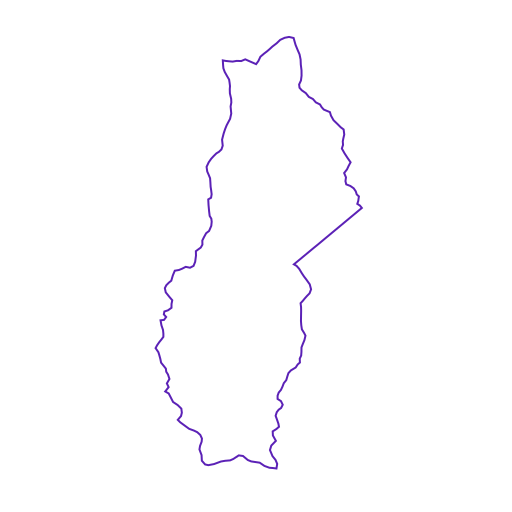 the district of Birigui, São Paulo, Brazil, rotated 173°
{"feature_id": "56859067B14690438145522", "entity_name": "Birigui", "entity_type": "district", "adm_level": 2, "iso_a3": "BRA", "parent_name": "Brazil", "parent_adm1": "São Paulo", "projection": "albers", "projection_center": [-50.348, -21.264], "detail": "fine", "context": "isolated", "style": "outline", "palette": "violet", "viewbox_px": 512, "rotation_deg": 173, "n_neighbors": 0, "source": "geoboundaries", "source_scale": "gbopen_adm2", "svg_char_len": 3281}
<svg xmlns="http://www.w3.org/2000/svg" viewBox="0 0 512 512"><g transform="rotate(173 256 256)"><path d="M146.6,302.6L148.5,304.8L149.1,308.0L150.8,311.3L153.8,314.0L157.7,316.1L158.1,319.4L157.1,323.1L158.4,327.6L155.1,330.9L153.1,334.1L150.7,337.5L153.1,342.0L155.6,347.1L157.7,352.2L156.1,355.6L155.9,359.2L155.0,362.0L153.6,365.8L153.6,370.9L156.2,373.4L159.0,377.0L162.5,381.3L164.5,386.2L165.1,389.8L168.3,391.6L170.9,393.1L172.7,395.7L174.0,398.6L177.9,401.2L180.4,404.9L184.2,407.5L186.7,411.6L190.4,414.9L192.3,417.7L192.3,421.0L190.0,424.7L188.8,429.4L188.2,434.8L188.2,440.5L187.8,445.6L188.2,450.8L189.5,455.2L191.0,460.7L191.5,463.8L192.1,467.8L196.5,469.4L200.9,469.1L205.6,467.6L209.6,464.6L214.2,461.9L217.4,459.6L219.8,458.0L223.5,455.8L227.3,453.3L229.9,449.2L232.5,446.4L235.5,448.2L238.9,450.2L242.7,452.5L246.9,451.3L251.4,452.0L255.5,451.8L258.8,452.5L262.3,453.3L265.1,454.2L265.4,449.5L265.5,446.3L264.6,442.5L262.8,438.1L261.2,434.4L261.1,431.3L261.1,427.8L261.7,424.8L262.1,420.6L261.5,415.0L261.8,411.3L263.0,407.5L263.2,400.4L265.0,395.3L267.4,391.9L269.2,389.3L271.1,385.9L273.1,381.7L275.5,375.6L275.6,369.5L277.3,366.0L280.1,363.9L282.8,362.7L285.9,360.3L288.6,358.0L291.5,354.8L294.2,350.5L294.1,345.8L293.2,342.8L292.1,338.8L292.3,334.7L292.6,330.2L292.5,326.8L292.5,322.7L293.5,319.3L296.5,318.0L296.9,312.4L297.1,306.2L297.1,301.4L295.8,298.5L295.8,295.4L296.7,291.4L299.5,286.6L302.7,284.7L305.3,281.1L307.4,277.9L307.8,273.8L309.8,271.1L312.5,269.6L315.1,268.1L315.5,263.8L317.1,257.6L319.2,253.8L322.9,252.4L327.1,253.8L330.9,252.4L334.2,251.5L338.4,251.3L340.9,246.9L343.1,241.8L345.7,240.2L348.6,237.9L350.4,235.2L350.0,230.9L346.9,225.9L344.5,222.3L345.7,218.7L346.2,214.9L350.0,212.8L353.7,212.1L354.6,209.3L352.6,206.4L355.1,203.8L358.6,203.8L358.3,198.7L357.3,193.9L357.4,190.1L357.8,187.0L360.1,184.6L362.5,182.3L365.0,179.5L366.9,176.8L364.6,172.4L364.0,169.0L363.5,165.5L363.2,161.7L360.9,158.0L359.2,155.2L359.2,152.1L357.8,149.1L356.9,144.5L360.0,140.4L358.7,136.5L362.6,132.6L359.4,130.2L357.7,125.6L356.1,121.2L351.9,117.6L348.7,113.6L348.7,109.5L349.9,106.3L353.6,102.9L351.5,100.2L346.3,95.3L343.4,92.6L338.9,90.3L335.8,88.3L333.1,85.2L331.9,81.4L332.6,78.3L334.7,74.3L335.7,70.9L334.3,65.0L334.7,59.4L331.9,55.3L328.8,54.2L323.0,54.6L315.8,56.3L311.6,56.5L306.6,56.3L303.3,57.3L297.4,60.2L293.3,59.1L289.0,54.5L285.8,52.7L277.5,50.4L273.2,46.6L268.5,44.2L265.1,43.5L261.6,42.6L260.3,47.1L261.5,51.3L264.0,55.3L265.8,61.7L263.9,66.0L258.8,70.1L261.1,75.8L260.8,79.9L256.8,81.8L254.0,83.7L254.2,86.8L255.1,91.1L256.0,95.0L254.4,98.5L252.2,100.7L249.6,102.1L247.6,105.1L248.9,108.9L252.0,111.5L251.6,114.7L250.1,117.7L247.6,120.0L245.7,123.0L243.9,126.4L241.1,129.1L239.5,132.8L238.1,135.8L235.3,138.2L230.2,140.5L227.8,143.3L225.4,144.9L225.1,148.8L223.3,151.7L222.6,155.2L222.0,159.7L220.4,162.7L218.2,166.6L216.6,170.9L217.6,173.7L219.4,177.6L219.5,181.8L219.3,185.9L218.7,190.3L217.9,196.0L217.5,199.8L217.5,203.7L215.2,205.6L212.9,207.8L210.3,210.1L207.4,212.4L205.4,216.2L206.1,221.3L208.8,226.3L210.9,229.9L212.7,233.5L214.7,238.0L216.9,241.2L219.4,243.1L199.9,255.6L197.4,257.2L194.2,259.2L185.2,265.0L145.1,290.8L146.7,293.4L149.1,295.4L147.8,298.2L146.6,302.6Z" fill="none" stroke="#5b21b6" stroke-width="2"/></g></svg>